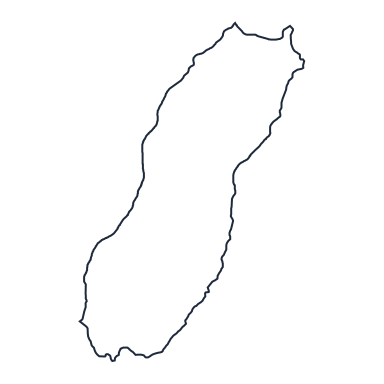 outline of Grecia, Alajuela, Costa Rica
{"feature_id": "36466004B60213245209904", "entity_name": "Grecia", "entity_type": "district", "adm_level": 2, "iso_a3": "CRI", "parent_name": "Costa Rica", "parent_adm1": "Alajuela", "projection": "albers", "projection_center": [-84.294, 10.09], "detail": "fine", "context": "isolated", "style": "outline", "palette": "slate", "viewbox_px": 384, "rotation_deg": 0, "n_neighbors": 0, "source": "geoboundaries", "source_scale": "gbopen_adm2", "svg_char_len": 5935}
<svg xmlns="http://www.w3.org/2000/svg" viewBox="0 0 384 384"><path d="M186.0,323.7L185.2,321.0L185.4,320.2L186.3,319.3L188.2,316.2L188.5,315.2L189.3,314.0L190.2,313.3L191.8,311.4L192.5,309.2L193.9,307.3L194.9,306.4L196.3,305.9L198.1,304.0L200.9,302.2L202.5,300.8L203.9,298.2L205.3,296.5L205.1,293.2L205.4,292.8L205.7,292.4L208.5,292.1L208.9,291.8L208.6,290.1L207.7,287.5L212.3,281.7L214.9,280.4L217.4,278.7L217.7,275.6L218.5,274.4L218.8,273.6L220.5,271.2L221.1,270.1L221.4,268.9L222.8,267.0L222.8,263.4L222.4,262.2L222.4,261.3L221.5,259.5L221.7,257.9L222.2,256.6L223.7,255.0L224.2,254.1L224.7,252.7L226.3,249.6L226.3,245.5L226.6,243.9L227.2,242.6L228.3,240.9L230.2,239.2L230.2,237.0L230.1,236.0L229.5,235.1L229.5,232.9L230.2,230.7L231.0,229.4L233.1,220.8L232.5,219.1L230.9,216.5L230.9,215.2L231.2,214.5L231.2,208.5L231.6,206.8L232.0,198.8L233.7,195.4L234.3,195.0L235.3,193.3L235.3,190.7L234.8,189.0L234.8,185.6L234.6,185.4L234.6,184.9L234.0,184.4L233.3,182.4L233.3,175.5L233.5,174.0L234.2,171.8L234.8,170.9L234.8,170.4L235.8,169.2L236.5,167.9L237.8,166.4L237.8,165.9L239.5,164.0L241.0,162.8L243.1,161.8L243.6,161.3L244.7,160.8L245.1,160.7L246.3,159.9L247.4,159.4L248.8,157.7L249.6,156.3L249.9,156.1L249.9,155.7L250.3,155.6L250.8,154.5L254.3,151.1L254.5,150.8L259.4,146.3L261.0,144.0L263.4,141.5L264.1,140.3L265.0,139.4L265.8,139.2L265.8,138.8L267.1,137.3L268.8,136.2L269.2,135.4L269.7,134.9L269.7,134.5L270.3,133.5L270.3,132.6L270.1,132.3L270.1,127.1L270.5,125.6L271.2,124.4L271.5,124.2L271.6,123.8L273.5,121.6L276.3,119.5L276.7,119.4L277.4,118.6L279.2,117.1L279.6,117.0L280.4,115.8L280.2,113.2L279.8,112.4L279.8,110.6L281.3,108.3L281.5,107.1L281.5,102.8L282.6,98.8L286.2,89.4L286.2,88.4L286.7,85.8L288.1,83.2L288.6,81.2L289.4,80.2L291.4,78.6L292.3,77.5L292.5,77.1L292.5,74.5L292.7,73.5L293.1,72.7L293.7,72.1L297.4,69.7L301.4,68.9L302.5,68.4L303.3,67.8L303.1,65.2L304.2,61.1L303.0,59.4L300.8,59.4L300.5,59.1L299.9,58.0L299.9,55.0L299.7,54.4L298.0,53.4L297.3,52.7L295.2,51.5L294.3,50.7L293.0,48.8L291.4,44.6L291.1,43.7L291.1,41.5L290.8,38.6L290.7,34.9L291.6,33.4L292.1,32.0L292.9,30.5L293.0,29.1L290.0,25.9L284.5,29.5L284.1,29.5L283.7,30.0L282.8,31.9L282.8,36.6L282.3,37.5L279.8,39.0L279.0,39.0L276.1,39.6L270.9,39.6L270.1,39.4L268.8,39.4L268.1,39.0L258.7,36.4L256.9,35.7L256.5,35.1L256.1,35.1L255.4,34.7L247.2,34.7L245.6,34.4L244.6,33.8L244.2,33.7L242.7,32.4L242.1,31.3L237.2,26.3L236.9,25.5L236.5,25.4L236.5,25.0L235.7,24.1L235.1,23.0L233.6,24.5L233.0,25.7L232.7,25.9L232.6,26.3L232.3,26.5L232.2,26.9L231.1,27.8L228.0,28.6L227.6,29.1L226.1,29.7L224.0,31.3L223.0,34.0L223.0,35.3L222.3,36.8L220.3,39.5L216.2,42.5L215.2,44.2L214.2,45.0L213.9,45.6L212.8,46.7L211.4,47.8L209.9,48.3L209.2,48.9L206.9,49.9L205.7,50.7L205.3,51.2L204.0,52.1L203.5,52.7L201.0,53.8L200.2,53.8L199.1,54.2L198.2,54.3L196.7,54.9L195.5,55.7L194.2,57.2L193.5,58.1L193.5,59.0L193.3,59.4L193.3,60.6L193.9,63.0L193.8,64.7L193.2,65.3L190.6,66.6L189.6,67.8L189.0,68.2L188.8,68.9L188.7,70.2L187.9,72.5L184.1,75.7L183.2,77.8L181.0,80.5L169.5,88.7L167.7,91.1L167.2,91.5L166.8,92.7L165.9,93.7L165.5,95.6L165.0,96.7L164.0,98.4L163.5,99.7L162.1,101.9L162.1,102.5L161.3,104.2L160.8,104.6L160.4,105.6L160.0,105.9L159.5,106.8L159.4,107.5L159.0,108.0L158.4,109.7L157.7,110.8L157.7,112.2L157.4,113.4L157.4,115.4L157.7,116.0L157.7,120.7L157.4,121.0L156.7,124.2L156.4,124.5L156.3,125.1L155.9,125.7L154.6,126.9L154.0,128.0L153.4,128.3L153.1,128.9L151.0,131.3L150.5,131.4L149.9,132.2L148.7,133.1L148.6,133.7L148.0,134.0L146.2,136.0L144.9,138.9L144.0,139.8L143.9,140.5L143.3,141.2L143.3,141.9L142.9,142.2L142.9,142.9L142.3,144.6L142.3,152.0L142.6,153.0L142.6,163.8L142.9,164.1L142.9,168.8L143.3,169.8L143.3,171.2L143.9,173.0L143.9,177.7L143.3,179.4L143.3,180.1L142.3,181.5L142.2,182.2L141.9,182.5L141.9,183.2L141.6,183.5L141.6,184.2L141.3,184.5L141.3,185.2L140.9,185.5L140.9,186.2L139.4,188.3L138.9,189.5L138.3,190.2L138.2,190.9L137.9,191.4L137.9,193.4L137.6,193.8L137.4,195.7L136.3,197.7L135.8,198.1L135.0,199.8L134.2,200.8L133.2,202.9L133.2,204.9L132.8,205.5L132.7,206.7L132.0,208.3L130.2,210.7L129.2,211.6L128.2,214.0L127.8,214.5L127.8,215.1L127.2,215.4L126.6,216.3L123.8,218.8L122.7,220.2L120.1,224.3L120.0,224.9L119.4,225.2L118.6,226.3L118.2,227.4L117.7,227.9L117.7,228.6L114.0,233.3L111.4,235.3L108.6,236.7L108.1,237.2L106.9,237.6L106.5,238.0L105.9,238.0L103.6,239.3L103.0,239.3L102.1,240.0L101.6,240.1L100.8,241.1L100.2,241.3L99.4,242.2L97.8,243.2L96.3,245.8L95.8,246.2L95.5,247.2L93.5,250.0L93.2,251.3L92.7,251.7L92.4,252.9L91.8,254.0L91.8,255.4L90.9,257.7L90.8,259.0L90.5,259.3L90.5,260.0L89.5,261.2L89.4,261.8L88.6,262.7L88.4,263.3L88.1,263.6L88.0,264.2L87.4,265.0L87.4,267.0L87.1,267.5L87.1,270.2L86.8,270.6L86.3,272.4L85.9,272.8L85.8,273.5L84.7,274.9L84.7,275.6L84.2,276.3L84.1,276.9L84.1,281.6L85.8,284.4L85.6,293.7L85.8,295.9L85.8,298.6L86.4,299.8L86.7,301.3L85.9,302.4L85.6,303.3L85.7,307.1L84.3,311.3L82.6,318.8L82.1,319.6L79.8,321.4L86.4,326.6L87.6,328.3L87.8,333.5L88.2,336.7L89.5,339.7L90.6,341.2L91.6,345.2L92.5,346.4L93.9,347.7L94.8,350.7L95.9,352.9L97.1,354.4L99.0,356.1L99.5,356.3L104.7,356.5L105.2,356.4L105.6,355.9L105.7,354.8L106.0,354.5L106.6,354.2L108.0,354.2L109.9,355.5L110.3,356.0L110.8,358.5L111.3,359.7L112.3,361.0L114.7,360.5L115.0,358.2L115.4,357.4L116.7,356.0L118.6,355.1L118.8,354.8L118.9,352.7L119.9,350.2L120.5,349.3L120.5,348.9L121.2,348.4L121.6,348.4L122.3,347.9L123.5,347.6L127.4,347.6L128.7,348.5L129.3,349.3L129.8,349.6L130.5,350.4L133.0,352.1L135.6,354.9L137.3,354.7L141.1,354.7L142.8,355.0L144.0,355.5L145.3,357.1L145.9,357.4L148.0,357.4L150.3,356.1L150.5,355.8L152.6,354.5L155.0,353.6L158.7,352.6L159.9,352.5L161.9,351.9L162.7,351.1L162.7,350.6L163.8,348.9L164.9,347.7L166.3,345.6L167.2,344.8L167.9,343.9L168.8,342.0L169.6,340.9L170.5,339.1L173.1,335.9L174.8,334.5L175.2,334.4L176.2,333.6L177.7,332.1L178.0,331.5L178.4,331.4L180.3,329.8L182.4,327.1L183.3,326.3L183.6,326.2L186.0,323.7Z" fill="none" stroke="#1e293b" stroke-width="2"/></svg>